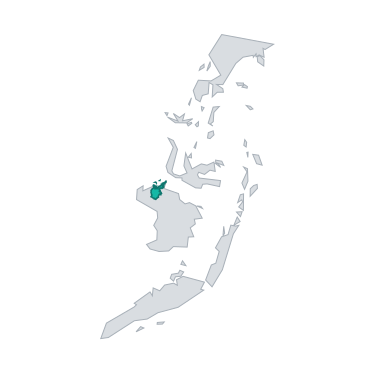 Berau, Kalimantan Timur, Indonesia (highlighted), rotated 280°
{"feature_id": "22746128B34069275840087", "entity_name": "Berau", "entity_type": "district", "adm_level": 2, "iso_a3": "IDN", "parent_name": "Indonesia", "parent_adm1": "Kalimantan Timur", "projection": "natural_earth1", "projection_center": [118.307, 1.815], "detail": "fine", "context": "in_parent", "style": "filled", "palette": "teal", "viewbox_px": 384, "rotation_deg": 280, "n_neighbors": 0, "source": "geoboundaries", "source_scale": "gbopen_adm2", "svg_char_len": 7835}
<svg xmlns="http://www.w3.org/2000/svg" viewBox="0 0 384 384"><g transform="rotate(280 192 192)"><path d="M132.5,156.3L138.7,165.7L147.8,164.5L152.5,160.1L160.5,162.7L166.8,161.0L174.9,138.7L184.9,137.6L189.6,142.8L184.6,143.4L191.7,153.9L189.7,156.3L198.1,164.8L190.6,163.8L188.1,179.0L182.4,181.2L179.1,187.2L181.1,191.4L179.0,198.1L168.0,206.6L165.6,199.0L161.1,200.8L156.4,196.5L148.2,201.5L147.0,196.2L136.9,196.8L135.0,183.1L129.9,179.3L127.7,169.9L128.6,160.6L132.5,156.3ZM31.8,127.6L48.0,130.5L68.7,155.0L71.3,156.9L72.4,154.4L86.3,168.0L82.9,171.0L90.8,170.4L89.1,177.4L95.6,181.2L99.0,189.7L97.6,193.8L102.9,192.0L107.4,197.9L105.4,219.9L97.7,217.5L97.4,220.6L76.1,198.4L67.2,179.4L59.1,169.9L55.2,157.6L34.2,134.9L31.8,127.6ZM352.2,193.9L351.7,246.7L345.0,239.2L345.8,237.0L337.2,239.6L338.7,234.3L336.3,231.6L337.1,231.2L338.5,231.4L339.3,231.1L335.3,229.0L337.2,228.4L333.6,218.8L326.2,212.8L303.1,203.7L302.2,197.5L299.1,204.4L295.7,205.6L294.6,199.5L289.1,195.4L301.2,194.0L302.8,189.8L291.5,190.9L288.9,185.4L282.3,184.3L284.1,179.7L292.1,175.6L303.2,178.8L304.7,191.5L312.1,200.1L330.0,184.8L352.2,193.9ZM239.5,164.7L231.5,170.3L209.3,168.5L206.6,170.6L205.7,177.2L209.9,183.8L216.3,179.5L229.3,179.0L214.7,188.0L221.3,196.3L221.0,202.1L225.3,208.4L216.3,211.3L216.6,205.9L211.5,201.3L212.6,195.1L209.8,194.4L207.0,196.7L208.2,218.1L202.1,218.2L202.6,205.5L201.5,201.2L197.3,200.3L196.7,194.8L201.8,180.1L204.1,179.7L203.3,173.5L207.1,164.9L212.8,162.0L232.8,165.8L241.0,159.1L239.5,164.7ZM107.7,220.7L123.5,223.7L126.0,227.8L138.2,229.1L141.1,224.8L153.0,228.9L156.3,234.9L166.1,236.0L166.0,240.9L167.3,243.9L158.0,240.0L120.7,235.4L102.1,228.2L107.7,220.7ZM259.4,165.9L266.1,160.0L263.1,166.8L267.6,171.0L260.5,170.3L264.3,180.0L259.1,174.7L257.3,163.5L261.5,154.9L259.4,165.9ZM262.7,196.0L279.3,198.1L280.9,204.0L274.2,199.7L264.9,200.7L262.2,198.3L260.6,201.1L262.7,196.0ZM224.6,242.6L212.4,245.2L203.8,243.3L209.5,239.6L221.4,242.7L225.6,238.5L224.6,242.6ZM189.5,238.8L197.7,240.1L199.1,243.1L182.8,245.8L185.4,240.6L191.0,243.5L192.9,242.4L189.5,238.8ZM239.6,245.3L239.8,251.2L230.6,256.4L231.1,250.7L239.6,245.3ZM107.4,186.3L109.7,192.7L112.8,193.6L111.8,197.7L107.1,195.6L105.6,190.4L101.0,189.3L103.3,185.5L107.4,186.3ZM334.7,239.9L328.5,240.8L331.6,234.1L336.5,232.7L338.0,235.2L334.7,239.9ZM205.3,248.8L209.1,251.6L210.8,254.8L206.9,255.8L197.9,250.0L205.3,248.8ZM253.3,197.8L255.9,202.2L252.1,203.7L247.7,200.5L247.9,197.9L253.3,197.8ZM166.5,239.0L175.2,240.9L171.3,244.5L166.5,239.0ZM180.0,239.3L181.3,244.8L176.2,244.0L180.0,239.3ZM122.6,194.6L118.4,198.8L118.8,193.6L122.6,194.6ZM307.2,216.8L308.2,223.8L306.3,224.1L304.6,219.0L307.2,216.8ZM163.7,229.2L157.1,231.3L154.3,230.1L163.7,229.2ZM227.5,209.7L227.5,216.0L223.7,218.7L225.2,210.2L227.5,209.7ZM44.6,161.2L50.5,164.8L49.7,168.2L44.6,161.2ZM59.2,187.2L56.8,185.8L55.7,180.6L57.5,180.5L59.2,187.2ZM284.4,237.6L283.1,235.1L286.6,230.4L286.5,234.6L284.4,237.6ZM277.9,173.3L284.7,175.1L277.0,174.4L277.9,173.3ZM236.2,186.2L242.5,188.0L235.6,187.8L236.2,186.2ZM224.5,212.8L221.2,215.9L224.1,210.2L224.5,212.8ZM313.1,178.0L316.6,178.6L320.0,181.6L316.8,182.3L313.1,178.0ZM252.7,234.9L250.4,237.2L245.7,237.5L247.0,234.9L252.7,234.9ZM306.9,225.0L305.4,228.3L303.8,228.2L304.0,223.0L306.9,225.0ZM262.4,186.2L258.2,186.8L257.1,185.6L258.8,183.5L262.4,186.2ZM313.7,185.6L318.8,186.2L323.6,187.3L319.0,188.1L313.7,185.6ZM225.6,182.3L229.8,184.5L225.5,185.6L225.6,182.3ZM265.7,154.7L262.8,154.1L265.5,151.7L265.7,154.7ZM235.8,241.0L240.5,239.1L241.0,240.3L235.8,241.0ZM277.8,186.4L277.1,189.3L273.5,187.9L275.3,187.0L277.8,186.4ZM179.4,203.3L177.6,205.2L179.1,199.1L179.4,203.3ZM258.3,175.3L260.5,179.3L259.6,179.9L256.4,176.8L258.3,175.3Z" fill="#d9dde1" stroke="#a8b0b8" stroke-width="1"/><path d="M191.2,153.0L190.6,153.3L190.5,153.2L190.2,153.3L189.9,153.6L189.9,153.9L189.4,153.9L189.2,153.7L189.1,153.3L189.0,153.2L188.5,152.3L188.2,152.4L187.7,152.3L187.0,151.6L186.7,151.6L186.4,151.4L185.7,151.7L184.7,151.6L184.2,151.8L183.6,152.2L183.0,152.3L182.3,152.7L182.2,153.0L181.2,153.0L181.2,152.8L180.3,152.4L180.2,152.5L180.3,152.6L180.3,152.8L179.7,153.9L179.4,154.4L179.4,154.5L179.4,155.6L178.7,155.8L178.8,156.4L178.6,156.6L178.4,157.7L178.5,157.8L179.4,157.9L179.6,158.1L179.7,158.4L179.9,158.5L180.0,158.8L180.5,158.8L180.7,159.1L180.9,159.2L181.0,159.5L180.9,159.8L181.0,159.9L181.4,159.7L182.5,159.6L182.8,159.9L183.2,159.8L183.7,159.9L183.7,160.1L184.1,160.3L184.1,160.8L183.9,161.2L184.1,161.3L184.2,161.5L184.1,161.8L184.9,161.8L185.0,161.6L185.3,162.2L186.4,161.5L186.6,160.8L186.5,160.3L186.9,159.7L187.2,159.8L187.6,160.5L187.9,160.4L188.0,159.8L188.1,159.7L188.7,159.8L189.1,159.1L189.2,159.7L189.7,160.0L189.8,159.6L190.0,159.6L190.1,160.0L190.6,160.6L190.5,161.3L190.5,161.5L190.2,161.7L190.2,161.8L190.7,162.3L190.9,162.4L191.3,162.8L191.4,163.1L192.1,163.3L192.3,163.3L192.7,163.0L192.6,162.6L193.2,163.0L193.7,163.1L193.9,162.4L194.0,162.3L194.2,162.6L194.4,162.4L194.9,162.9L195.1,162.8L195.1,162.6L195.3,162.6L195.3,162.9L195.3,163.7L195.5,163.8L196.6,163.8L196.9,164.6L197.5,164.4L197.8,164.6L198.1,164.5L198.1,164.3L197.8,164.2L197.3,164.1L197.2,164.2L197.0,163.8L196.6,163.5L196.7,163.4L196.4,163.5L196.3,163.4L196.6,163.3L196.6,163.1L196.2,162.6L195.2,161.7L194.8,161.7L194.6,161.7L194.4,161.7L194.5,161.4L194.4,161.4L194.4,161.5L194.2,161.4L194.2,161.2L193.8,161.2L194.1,161.0L194.1,160.7L193.9,160.7L192.9,160.1L192.4,159.5L192.1,159.5L191.6,158.7L191.7,158.4L191.0,158.2L190.6,158.0L190.4,157.6L190.1,157.4L190.0,157.2L190.0,156.9L189.9,156.9L189.9,156.7L190.0,156.4L189.6,156.4L189.4,156.2L189.2,156.3L189.1,156.2L189.2,155.9L189.3,155.8L189.3,155.4L189.0,155.1L189.9,154.9L190.5,154.9L190.8,155.0L191.3,154.9L191.8,154.5L191.7,154.4L191.9,154.2L191.8,153.9L191.7,154.0L191.7,153.6L191.5,153.4L191.4,153.6L191.1,153.5L191.3,153.5L191.3,153.4L191.2,153.2L191.2,153.0ZM190.3,155.3L190.1,155.2L189.8,155.0L189.9,155.5L190.0,155.6L190.3,155.3L190.5,155.5L190.9,155.5L190.8,155.4L190.3,155.3ZM189.8,155.5L189.8,155.1L189.7,155.0L189.2,155.2L189.3,155.4L189.3,155.8L189.6,155.7L189.4,155.5L189.5,155.3L189.4,155.5L189.5,155.6L189.8,155.5ZM190.6,156.1L190.0,155.7L189.9,155.8L190.0,155.9L190.0,156.0L189.9,156.0L189.8,156.3L190.1,156.2L190.0,155.9L190.0,156.0L190.1,155.9L190.1,156.0L190.2,155.9L190.2,156.0L190.3,156.1L190.6,156.1ZM189.7,155.9L189.6,155.7L189.4,155.8L189.2,155.9L189.3,156.0L189.2,156.1L189.2,156.3L189.4,156.1L189.5,156.3L189.8,156.3L189.8,156.2L189.7,156.2L189.5,155.9L189.7,155.9ZM190.5,155.9L190.4,155.4L190.2,155.3L190.0,155.6L190.3,155.8L190.5,155.9ZM190.0,155.7L189.8,155.6L189.7,155.7L189.7,155.9L189.5,156.0L189.8,156.2L190.0,155.9L189.9,155.9L189.8,156.0L189.7,156.0L189.7,155.9L189.8,155.9L190.0,155.7ZM190.2,157.4L190.3,156.7L190.1,156.9L189.9,156.9L190.0,156.9L190.0,157.1L190.1,157.3L190.1,157.2L190.1,157.3L190.2,157.4ZM194.5,160.8L194.4,160.9L194.6,161.1L194.5,161.4L194.7,161.5L194.9,161.5L194.8,161.3L194.7,161.4L194.6,161.1L194.5,160.8ZM195.7,154.5L195.2,154.0L195.2,154.6L195.4,154.9L195.8,155.2L195.2,154.5L195.2,154.0L195.4,154.3L195.7,154.5ZM190.2,156.8L190.0,156.4L189.9,156.6L190.0,156.9L190.2,156.8ZM190.4,155.1L190.0,155.0L190.4,155.2L190.4,155.1ZM190.6,155.2L190.5,154.8L190.5,155.0L190.6,155.2ZM194.9,155.2L194.7,155.4L195.0,155.4L195.2,155.6L194.9,155.2ZM189.2,155.1L189.6,155.1L189.4,155.0L189.2,155.1ZM190.4,156.1L190.2,156.2L190.1,156.3L190.4,156.2L190.4,156.1ZM192.6,153.4L192.6,153.5L192.8,153.6L192.6,153.4ZM190.4,155.0L190.5,155.2L190.4,155.0ZM194.4,161.5L194.3,161.4L194.3,161.5L194.4,161.5ZM197.0,156.8L197.0,156.7L197.0,156.8ZM193.5,155.4L193.5,155.5L193.5,155.4ZM197.7,158.4L197.8,158.4L197.7,158.3L197.7,158.4ZM194.9,161.4L194.9,161.5L195.0,161.4L194.9,161.4ZM190.4,155.3L190.3,155.2L190.3,155.3L190.4,155.3Z" fill="#14b8a6" stroke="#0f766e" stroke-width="1.5"/></g></svg>